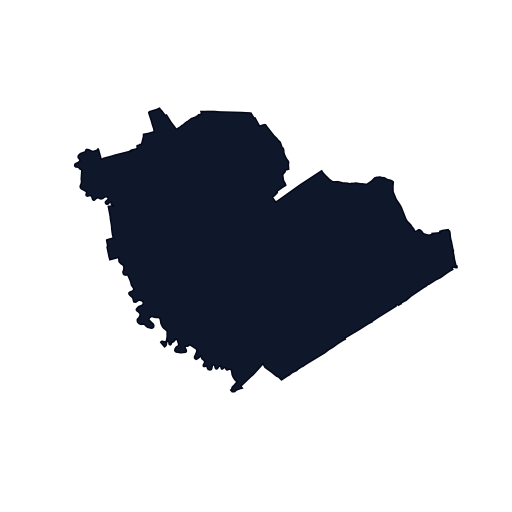 Raducaneni, Iasi, Romania, rotated 194°
{"feature_id": "2599482B23312224684372", "entity_name": "Raducaneni", "entity_type": "district", "adm_level": 2, "iso_a3": "ROU", "parent_name": "Romania", "parent_adm1": "Iasi", "projection": "orthographic", "projection_center": [27.975, 46.968], "detail": "fine", "context": "isolated", "style": "filled", "palette": "ink", "viewbox_px": 512, "rotation_deg": 194, "n_neighbors": 0, "source": "geoboundaries", "source_scale": "gbopen_adm2", "svg_char_len": 6131}
<svg xmlns="http://www.w3.org/2000/svg" viewBox="0 0 512 512"><g transform="rotate(194 256 256)"><path d="M351.9,373.8L355.0,369.8L355.5,369.6L356.7,368.1L359.0,364.8L359.4,364.8L360.6,363.0L363.6,360.0L364.1,359.8L370.7,365.1L377.0,371.2L378.1,370.4L382.8,374.2L383.0,373.9L385.4,376.1L387.9,374.1L394.4,370.2L394.8,369.3L394.7,368.9L390.4,362.1L388.1,358.0L386.2,355.1L384.8,352.0L390.3,348.8L394.6,346.9L394.1,344.7L394.1,336.6L395.6,336.2L396.6,335.0L398.0,334.4L398.1,333.9L397.5,332.4L397.4,331.6L398.3,330.8L402.1,328.9L403.2,328.0L402.6,327.6L417.6,319.6L419.4,318.4L427.6,313.9L428.4,313.0L429.6,312.4L434.8,321.6L435.2,321.7L435.3,321.1L436.4,319.8L439.5,318.0L440.8,318.0L444.1,318.7L446.1,318.5L446.7,317.8L446.8,316.1L447.0,315.7L451.2,312.9L452.5,310.8L452.7,310.1L452.5,308.8L452.2,308.3L450.7,307.3L450.1,306.4L450.0,305.9L450.1,305.3L451.0,304.0L453.6,301.8L453.9,301.2L453.9,300.0L453.6,299.4L452.7,298.8L449.8,299.1L447.7,297.7L446.1,297.5L445.8,297.1L444.1,287.9L443.5,286.9L443.4,286.1L443.1,284.3L443.5,281.4L443.1,280.0L441.9,279.0L436.3,277.5L435.7,276.3L435.8,274.3L435.2,273.4L433.8,273.3L432.0,274.5L430.6,274.5L429.3,273.3L428.4,271.5L427.5,270.9L426.9,270.8L426.2,271.2L425.3,272.8L423.9,274.2L423.1,274.3L420.7,273.8L419.8,274.0L418.5,274.8L417.0,276.8L415.0,277.3L413.8,277.0L413.4,276.4L413.2,275.7L413.6,274.7L415.2,272.2L415.1,271.4L414.6,270.6L413.7,270.1L412.4,270.4L411.8,271.0L411.1,272.8L410.3,273.3L409.7,273.0L408.9,271.3L406.8,270.1L411.3,268.4L407.0,259.0L406.2,256.6L403.9,251.4L402.9,248.7L402.9,248.3L400.7,242.6L399.0,239.3L398.9,238.9L404.7,235.6L404.8,235.2L402.1,229.3L402.7,228.8L402.6,228.4L398.2,219.3L396.9,217.0L389.1,221.3L388.7,220.7L387.6,217.6L386.9,216.9L384.7,215.6L383.2,215.2L382.4,214.6L381.4,213.1L381.0,210.6L381.3,208.8L381.1,207.8L380.5,206.7L379.9,206.1L378.3,205.8L376.6,206.4L376.0,206.4L375.3,205.9L371.8,201.3L369.7,197.4L367.4,195.5L366.8,194.7L366.6,193.8L366.7,193.1L367.8,191.7L369.7,190.5L370.3,189.7L370.3,188.8L369.8,188.1L368.9,187.4L366.0,185.9L365.2,185.1L363.5,181.9L361.6,182.0L360.9,182.6L359.7,184.2L358.7,184.9L356.1,185.0L354.5,184.1L354.0,183.3L353.9,182.5L354.2,181.4L354.6,180.7L357.5,178.6L358.3,177.5L359.1,175.7L359.2,174.9L358.2,173.9L356.6,173.4L354.6,172.0L354.2,171.2L354.3,169.0L354.7,167.8L355.7,166.1L355.8,165.3L355.1,163.5L354.3,162.8L352.8,162.0L351.4,161.8L348.2,162.7L347.5,162.6L345.4,161.2L343.8,160.6L339.7,160.6L338.8,161.3L338.2,162.2L338.2,163.6L339.1,165.0L344.2,168.0L344.7,168.9L344.5,170.1L342.7,172.1L339.3,172.0L335.3,172.7L334.5,172.4L333.5,171.3L331.9,167.5L329.5,164.6L327.8,163.4L326.5,163.0L324.0,161.5L322.6,155.8L322.4,152.0L323.1,150.7L326.6,150.6L327.3,150.0L327.6,149.2L322.8,145.7L321.7,147.2L321.6,148.3L321.8,150.9L321.0,152.2L319.9,151.8L319.0,149.5L318.1,149.0L317.5,149.1L317.1,149.7L317.0,150.8L316.7,151.6L315.1,153.1L313.7,156.0L312.3,155.8L310.1,152.4L309.6,151.1L309.6,150.4L309.9,149.8L311.3,148.6L312.1,146.1L312.0,144.7L311.7,144.3L310.4,143.5L305.6,143.9L301.0,145.6L300.5,146.4L300.5,147.0L301.3,148.4L302.6,149.7L302.9,150.8L302.2,151.5L300.4,152.0L299.6,152.8L299.3,153.8L297.3,153.4L291.3,151.3L290.5,149.9L290.4,148.4L290.8,145.7L291.3,143.5L291.0,142.2L290.6,141.8L289.1,141.2L288.0,142.1L285.2,145.6L284.3,144.6L283.7,143.3L281.3,142.2L280.2,140.8L280.1,140.2L280.8,137.4L280.6,136.6L280.1,136.2L279.4,136.2L277.8,137.0L277.2,137.0L276.3,136.1L275.7,135.0L274.8,134.3L273.0,134.3L272.0,135.0L271.7,135.8L271.8,138.7L271.6,139.3L271.4,139.8L270.6,140.2L269.6,139.9L268.5,137.5L267.4,136.8L266.8,136.9L266.2,137.4L265.3,139.8L264.2,140.6L263.5,140.4L262.4,138.3L261.9,138.0L261.1,138.3L260.2,139.7L259.7,140.1L258.6,140.0L257.7,138.9L256.9,138.4L255.8,138.7L254.6,139.8L253.1,139.8L252.6,139.6L251.9,138.6L250.4,135.0L248.9,133.0L246.7,130.9L244.0,129.4L245.6,125.9L247.2,123.3L247.4,122.4L247.4,120.7L248.1,119.8L246.3,118.5L244.0,119.1L242.6,121.1L241.6,121.9L238.8,123.8L237.9,124.1L237.3,124.5L239.3,125.9L231.6,138.1L230.1,140.1L223.1,153.2L220.3,150.1L213.0,147.2L207.1,144.4L204.7,144.0L201.3,141.9L196.4,147.3L195.2,148.3L192.5,151.8L188.7,154.8L188.3,155.8L185.4,159.1L183.7,160.4L181.5,163.0L165.8,178.8L162.6,182.9L159.3,186.1L155.6,190.6L150.9,195.5L149.2,196.9L150.0,197.9L138.3,209.4L130.4,217.7L127.4,220.2L127.5,220.7L122.9,225.8L108.0,241.2L108.2,242.2L106.4,243.2L105.8,242.7L104.6,244.0L103.7,244.6L103.4,245.5L103.7,245.7L103.6,245.8L99.5,249.4L95.7,254.8L85.1,266.6L83.8,267.7L82.7,269.5L81.2,270.6L75.8,276.3L71.5,279.9L66.6,285.8L63.7,288.9L61.8,290.5L63.0,292.2L63.2,292.6L63.0,292.9L58.9,293.0L58.3,293.2L58.1,293.6L58.7,295.0L59.5,294.8L62.7,300.9L64.4,305.1L65.3,306.7L65.7,308.9L66.8,310.6L69.8,317.1L71.5,320.2L72.8,323.7L73.2,325.1L74.2,327.0L74.9,327.1L75.9,328.1L81.2,325.9L83.6,324.4L83.0,323.1L90.6,320.5L90.3,319.7L92.5,318.3L94.2,317.9L98.7,318.1L99.8,318.8L101.2,320.0L102.9,320.9L103.9,321.0L104.8,320.7L105.6,319.4L107.4,318.5L108.1,318.5L109.8,320.7L112.0,322.2L113.0,323.4L113.6,323.6L114.7,324.5L117.4,326.1L119.2,327.7L126.9,338.5L128.9,340.6L133.6,344.8L138.5,351.4L140.0,356.8L140.6,360.8L140.9,361.2L141.7,361.6L144.2,362.1L146.8,361.9L150.6,363.0L152.0,362.6L155.3,362.6L156.7,361.8L157.7,361.7L159.8,360.4L161.8,356.9L165.8,352.3L170.7,351.7L172.0,351.3L176.9,351.0L178.6,350.1L180.6,349.7L182.6,348.7L184.4,348.8L187.2,348.4L188.7,347.9L194.3,348.0L199.5,346.5L203.2,348.0L208.4,351.1L211.0,352.8L212.9,354.6L230.2,335.9L248.4,314.6L249.9,313.1L254.2,316.7L254.3,317.0L252.6,319.2L250.8,322.3L250.7,323.0L251.2,324.0L246.4,329.6L244.2,331.7L244.3,332.1L245.3,333.5L247.6,335.9L249.7,341.1L249.3,342.5L248.1,344.8L248.5,346.3L245.3,348.1L246.9,353.1L246.8,354.0L247.4,355.6L250.1,357.8L253.0,361.3L254.0,363.2L254.7,365.4L255.3,366.6L256.0,367.3L257.0,367.6L259.4,371.4L260.3,372.5L262.8,373.8L263.7,374.7L267.9,377.2L276.5,383.9L278.4,385.6L279.7,385.5L284.0,382.9L290.4,389.8L291.4,389.4L295.5,393.5L305.0,391.7L326.2,387.0L331.9,386.1L344.4,382.9L343.3,381.0L343.3,380.7L345.6,379.0L346.0,379.1L346.7,377.4L347.0,377.1L347.7,377.1L348.2,375.8L348.7,375.8L351.9,373.8Z" fill="#0f172a" stroke="#020617" stroke-width="1.5"/></g></svg>